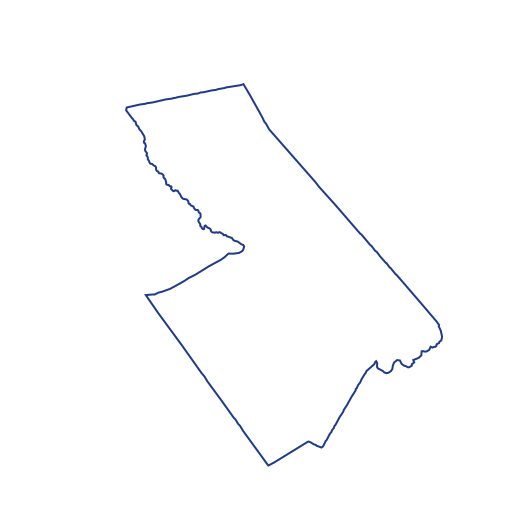 the district of Cahabón, Alta Verapaz, Guatemala, rotated 236°
{"feature_id": "79465075B65664017230403", "entity_name": "Cahabón", "entity_type": "district", "adm_level": 2, "iso_a3": "GTM", "parent_name": "Guatemala", "parent_adm1": "Alta Verapaz", "projection": "albers", "projection_center": [-89.715, 15.61], "detail": "fine", "context": "isolated", "style": "outline", "palette": "blue", "viewbox_px": 512, "rotation_deg": 236, "n_neighbors": 0, "source": "geoboundaries", "source_scale": "gbopen_adm2", "svg_char_len": 4732}
<svg xmlns="http://www.w3.org/2000/svg" viewBox="0 0 512 512"><g transform="rotate(236 256 256)"><path d="M449.4,229.8L439.2,230.3L438.6,230.6L436.2,230.4L434.8,231.2L431.4,230.1L429.2,230.7L426.1,230.2L423.5,230.6L417.7,230.3L414.9,229.1L413.7,227.1L412.5,226.5L411.7,227.0L409.7,226.5L408.8,226.2L408.3,225.8L407.9,225.2L407.0,224.2L406.5,223.7L406.0,223.3L405.2,223.0L402.9,223.1L402.4,223.1L401.6,222.7L401.3,222.1L400.8,221.5L400.0,221.4L399.5,221.6L398.9,221.6L398.3,221.4L397.6,221.0L396.6,220.4L395.8,220.4L394.9,220.5L394.0,220.3L393.3,220.0L392.8,220.0L392.0,220.0L391.5,220.2L391.1,220.5L390.8,220.9L390.1,221.5L389.6,221.5L388.4,221.8L387.9,222.1L387.2,222.4L386.7,222.7L386.2,222.8L385.4,222.7L384.7,222.2L384.1,221.8L383.4,221.5L383.0,221.4L382.1,221.4L380.7,222.1L380.3,222.1L379.6,221.9L378.9,221.9L378.4,222.3L378.0,222.8L377.1,223.8L376.3,224.1L375.7,224.2L375.2,224.3L374.4,224.4L373.8,223.9L373.3,223.5L372.7,223.3L372.1,223.3L371.6,223.5L370.9,223.7L370.3,223.6L368.9,223.3L368.3,223.1L367.8,222.9L366.9,222.5L366.6,222.2L365.8,221.8L365.0,221.9L364.3,222.6L363.9,223.2L363.2,223.5L362.3,223.4L361.7,223.9L361.3,224.5L360.7,224.6L360.2,224.4L359.8,223.7L359.1,223.1L358.5,223.1L357.8,223.3L356.8,223.5L356.0,223.7L355.7,224.1L355.6,224.7L355.6,225.1L355.7,225.6L355.4,226.1L354.8,226.4L354.4,226.8L354.0,227.5L353.2,227.5L352.3,227.4L351.8,227.3L351.0,227.4L350.2,227.5L349.8,227.6L349.2,227.5L348.5,227.4L347.9,227.3L347.3,227.1L345.3,227.2L344.5,227.4L343.8,227.9L343.4,228.4L342.5,229.2L341.9,229.9L341.0,230.3L340.3,230.4L339.7,230.4L339.2,230.4L338.5,230.2L338.1,229.9L337.4,229.6L336.8,229.7L336.4,230.0L335.8,230.4L335.1,230.2L334.4,230.3L333.7,230.6L333.2,231.1L332.7,231.4L331.9,231.8L331.2,231.6L330.4,231.4L329.7,231.4L329.0,231.6L328.3,231.6L327.7,231.9L327.5,232.3L327.2,232.8L326.7,233.4L326.0,233.6L325.3,233.4L324.7,233.1L324.2,233.0L323.8,233.1L323.2,233.4L322.6,233.6L321.9,233.5L321.4,233.2L320.9,232.9L320.5,232.6L319.8,232.3L319.4,232.0L319.0,231.3L318.9,230.4L318.7,229.8L318.5,228.9L318.1,228.5L317.2,227.8L316.5,227.6L315.1,227.6L314.1,227.6L313.4,227.5L312.7,227.0L312.3,226.7L311.6,226.7L310.8,227.1L310.2,227.0L309.6,226.7L308.8,226.8L308.3,226.9L307.7,227.4L307.5,228.1L308.0,228.6L308.5,229.0L308.9,229.4L309.5,230.1L309.6,230.6L309.6,231.1L309.0,231.3L308.4,231.4L307.4,231.5L306.7,231.8L306.1,232.1L305.2,232.7L304.8,232.9L304.2,233.2L303.6,233.2L302.9,233.1L302.3,232.7L301.5,232.7L300.9,232.7L300.2,232.9L299.6,233.4L299.3,233.8L299.0,234.3L298.6,234.6L298.3,235.0L298.1,235.7L298.0,236.3L297.5,236.8L297.0,237.0L296.4,237.6L296.4,238.2L296.3,238.9L295.7,239.5L295.1,239.8L294.6,239.9L292.8,240.9L291.8,240.8L291.2,240.9L290.8,241.7L290.7,242.2L290.3,242.7L289.6,242.8L289.1,242.8L288.3,243.0L287.9,243.5L287.1,244.1L286.2,244.8L285.6,245.1L284.7,246.1L282.0,246.1L280.4,246.9L278.2,248.9L273.9,250.4L272.3,251.6L270.5,251.5L268.4,249.0L267.8,247.6L268.0,243.7L270.7,238.3L273.4,234.5L272.6,229.3L272.5,224.6L273.8,211.4L274.4,195.3L275.4,187.7L275.4,181.9L276.8,166.4L278.9,158.2L280.2,154.6L280.8,150.2L281.8,149.0L285.2,142.8L264.0,143.0L223.5,144.6L189.4,145.4L184.7,145.9L179.3,145.6L154.7,146.6L134.2,147.1L132.2,147.6L126.6,147.3L124.4,147.8L118.1,147.5L75.4,149.0L74.7,155.3L73.0,195.5L71.2,197.0L67.4,198.7L65.8,200.0L64.7,200.2L60.6,203.2L60.6,204.8L61.2,206.2L63.7,210.4L63.8,211.4L67.3,217.8L67.8,219.8L69.0,221.5L69.9,224.3L71.4,226.4L71.5,227.4L75.8,235.5L78.1,241.2L79.4,242.9L81.2,247.4L85.9,256.6L88.8,263.3L89.9,264.3L90.0,265.4L92.0,268.7L92.9,271.6L94.9,274.8L97.5,280.5L97.5,281.2L98.8,283.1L100.2,293.7L101.5,295.7L101.6,296.8L99.5,296.6L96.3,294.3L94.7,294.2L89.8,296.8L87.6,297.3L85.8,298.8L85.1,300.7L85.2,303.8L85.7,304.7L85.9,305.6L88.6,308.2L90.5,310.9L90.8,314.8L88.9,316.9L85.2,316.4L82.5,317.3L80.9,318.7L79.0,319.5L78.2,320.5L77.9,323.7L79.2,324.8L79.3,327.7L81.8,328.2L80.6,333.7L81.1,337.4L81.7,337.9L84.3,340.0L84.1,340.8L82.4,342.4L81.5,343.9L81.3,347.0L83.1,350.1L81.3,351.2L81.2,352.7L80.5,353.7L80.5,355.1L81.8,356.3L81.5,359.2L82.4,360.2L82.4,362.3L84.1,364.3L85.2,365.2L90.7,367.4L94.2,368.0L95.5,368.1L96.4,369.2L100.5,369.1L125.3,366.3L161.7,362.0L162.6,361.6L171.0,360.8L171.8,360.4L177.1,360.2L177.7,359.8L186.0,358.7L192.1,358.4L193.4,357.7L200.0,357.4L200.9,356.9L215.1,355.4L216.0,354.9L254.2,350.3L278.5,346.9L284.0,346.6L353.7,337.7L360.0,338.3L362.6,338.0L367.7,338.8L383.9,340.2L392.5,340.9L405.5,341.7L406.3,338.6L412.6,325.2L412.7,324.2L415.6,317.7L416.2,315.4L418.0,312.0L421.3,303.6L422.4,301.9L423.2,298.6L425.0,295.4L427.5,288.5L431.3,280.4L432.3,277.2L433.2,275.7L433.3,274.7L436.3,268.7L441.0,256.4L443.8,250.7L443.9,249.7L446.6,244.2L451.4,231.9L449.4,229.8Z" fill="none" stroke="#1e3a8a" stroke-width="2"/></g></svg>